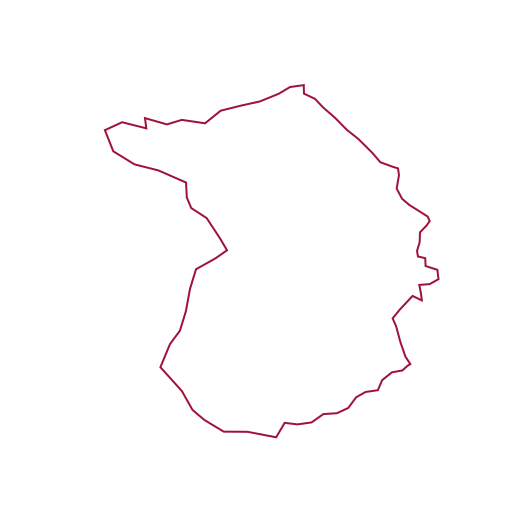 the district of Choulou, Paphos, Cyprus, rotated 107°
{"feature_id": "46923920B92618360089524", "entity_name": "Choulou", "entity_type": "district", "adm_level": 2, "iso_a3": "CYP", "parent_name": "Cyprus", "parent_adm1": "Paphos", "projection": "equal_earth", "projection_center": [32.556, 34.871], "detail": "fine", "context": "isolated", "style": "outline", "palette": "rose", "viewbox_px": 512, "rotation_deg": 107, "n_neighbors": 0, "source": "geoboundaries", "source_scale": "gbopen_adm2", "svg_char_len": 1223}
<svg xmlns="http://www.w3.org/2000/svg" viewBox="0 0 512 512"><g transform="rotate(107 256 256)"><path d="M130.7,145.8L130.7,150.9L130.0,164.5L123.4,174.8L114.1,192.5L108.9,205.8L100.9,220.5L94.3,235.3L88.5,245.5L86.7,257.6L78.6,260.3L84.5,272.9L94.0,281.5L107.0,297.4L116.8,314.7L127.4,332.3L144.0,343.5L147.5,366.7L156.2,379.7L156.6,402.5L166.0,398.2L167.2,423.1L179.5,436.9L179.8,437.3L197.6,423.1L203.9,399.0L202.7,374.5L206.2,344.4L220.4,339.2L229.1,331.9L234.2,314.2L249.9,295.3L259.0,285.4L270.0,294.0L286.2,309.5L306.7,309.5L329.5,306.9L349.6,306.9L365.4,312.5L390.3,314.9L404.3,291.6L406.9,287.3L421.7,271.8L427.8,257.7L429.8,249.9L433.4,235.5L426.6,212.7L423.5,183.7L407.2,179.8L404.9,167.1L398.9,154.2L387.5,145.4L382.7,132.7L374.4,123.4L361.8,118.9L354.0,111.5L348.7,100.2L337.9,99.1L327.5,92.0L322.7,82.6L316.7,79.0L314.3,76.8L308.6,83.6L296.2,92.7L282.3,101.4L275.7,107.1L265.4,102.9L248.4,94.6L250.0,84.4L249.4,84.6L242.8,87.7L235.9,91.4L232.1,81.7L224.8,74.7L216.2,78.5L216.0,90.9L208.6,93.5L209.1,101.0L204.0,103.5L195.1,103.5L185.4,106.1L177.4,102.0L171.9,100.1L168.1,103.3L165.2,113.9L162.3,124.5L158.6,133.0L150.4,141.2L136.9,142.9L130.7,145.8Z" fill="none" stroke="#9f1239" stroke-width="2"/></g></svg>